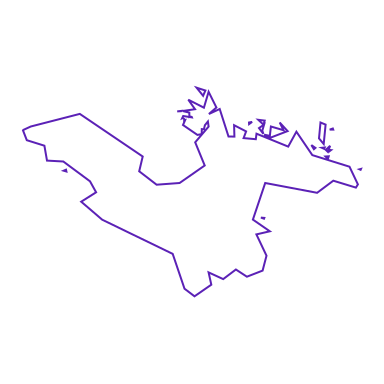 Camarines Sur, Camarines Sur, Philippines (Mercator projection)
{"feature_id": "2640588B57655195310467", "entity_name": "Camarines Sur", "entity_type": "district", "adm_level": 2, "iso_a3": "PHL", "parent_name": "Philippines", "parent_adm1": "Camarines Sur", "projection": "mercator", "projection_center": [123.465, 13.694], "detail": "medium", "context": "isolated", "style": "outline", "palette": "violet", "viewbox_px": 384, "rotation_deg": 0, "n_neighbors": 0, "source": "geoboundaries", "source_scale": "gbopen_adm2", "svg_char_len": 1923}
<svg xmlns="http://www.w3.org/2000/svg" viewBox="0 0 384 384"><path d="M183.2,116.0L182.2,118.2L182.4,118.1L182.5,118.1L183.3,118.4L183.1,118.2L184.3,119.1L184.2,120.5L185.1,120.2L183.0,125.0L197.4,134.9L201.7,134.1L201.8,129.1L203.9,129.3L204.9,125.2L207.9,121.5L208.6,126.6L195.2,142.3L204.7,165.5L179.6,183.0L156.6,184.7L139.2,171.3L142.7,156.5L79.8,113.9L30.8,126.5L23.4,129.9L23.0,130.4L26.8,140.2L44.4,145.7L47.0,160.6L63.3,161.5L90.0,181.3L96.1,192.3L81.2,201.7L102.2,219.7L172.7,253.9L184.5,288.7L194.5,296.3L211.3,284.7L208.6,272.4L223.2,279.1L235.9,269.5L246.9,276.7L262.6,270.6L266.5,255.7L256.4,234.4L269.8,231.3L252.9,219.6L265.2,183.0L317.1,192.8L333.3,180.7L355.9,187.6L357.9,184.4L349.5,166.7L312.3,155.1L296.4,131.7L288.2,146.6L256.5,133.7L255.8,139.2L243.6,138.1L246.1,131.4L234.1,125.2L234.4,136.6L228.5,136.5L219.7,109.0L208.9,114.0L216.4,107.5L208.6,91.8L203.9,107.7L188.3,99.7L195.0,109.2L182.6,111.0L189.3,112.6L189.4,117.0L190.5,116.6L191.7,116.9L191.9,117.4L183.2,116.0ZM279.7,122.5L283.5,130.2L270.9,126.5L269.6,138.0L287.6,131.1L279.7,122.5ZM320.5,122.5L319.0,138.4L323.7,144.0L325.6,124.6L320.5,122.5ZM205.4,90.5L196.6,87.7L203.1,95.8L205.4,90.5ZM264.1,124.5L259.0,128.1L263.4,133.9L262.3,130.7L264.1,124.5ZM264.7,120.6L258.3,119.8L263.5,124.7L264.7,120.6ZM330.1,145.8L325.8,149.9L327.9,151.9L330.1,145.8ZM315.4,147.9L311.4,145.1L313.9,149.2L315.4,147.9ZM332.8,128.5L329.7,129.6L333.2,129.6L332.8,128.5ZM269.2,135.7L264.2,134.7L268.4,137.5L269.2,135.7ZM252.1,121.9L249.0,122.5L249.1,124.1L252.1,121.9ZM264.3,217.9L260.9,217.6L264.0,218.7L264.3,217.9ZM328.7,156.3L325.5,156.5L327.9,159.0L328.7,156.3ZM66.4,171.5L66.0,169.7L63.7,170.7L66.4,171.5ZM181.3,110.9L177.2,111.4L181.1,111.2L181.3,110.9ZM324.7,147.5L321.9,147.8L324.1,148.8L324.7,147.5ZM331.0,150.1L328.8,149.8L329.4,151.3L331.0,150.1ZM361.0,168.9L359.5,169.3L360.6,169.8L361.0,168.9Z" fill="none" stroke="#5b21b6" stroke-width="2"/></svg>